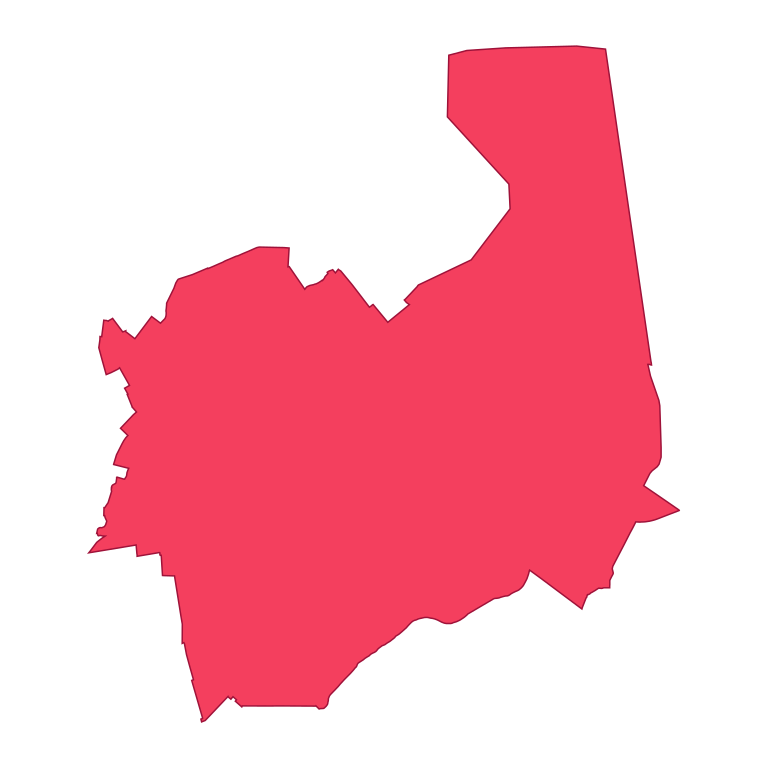 Oldambt, Groningen, Netherlands (Albers equal-area conic projection)
{"feature_id": "6326949B72784129724607", "entity_name": "Oldambt", "entity_type": "district", "adm_level": 2, "iso_a3": "NLD", "parent_name": "Netherlands", "parent_adm1": "Groningen", "projection": "albers", "projection_center": [7.028, 53.222], "detail": "fine", "context": "isolated", "style": "filled", "palette": "rose", "viewbox_px": 768, "rotation_deg": 0, "n_neighbors": 0, "source": "geoboundaries", "source_scale": "gbopen_adm2", "svg_char_len": 5973}
<svg xmlns="http://www.w3.org/2000/svg" viewBox="0 0 768 768"><path d="M319.1,709.0L320.5,708.6L323.1,708.5L323.8,708.3L324.3,708.0L326.2,706.2L326.4,705.9L326.8,705.4L327.4,704.5L327.5,704.3L327.7,703.7L327.9,702.3L328.3,700.7L328.4,699.0L328.5,698.3L329.2,696.6L329.6,695.7L329.8,695.4L330.8,694.2L333.8,691.1L334.8,690.1L336.2,688.6L338.2,686.5L340.0,684.3L344.3,679.6L350.8,673.0L353.3,670.2L355.5,667.5L356.1,667.1L356.3,666.8L356.8,665.9L357.3,664.4L357.6,663.9L358.2,663.1L358.6,662.8L360.0,661.9L363.4,659.7L364.9,658.4L366.9,657.1L369.3,655.7L370.5,654.4L371.3,653.9L372.3,653.3L374.5,652.3L375.8,651.5L376.1,651.2L376.6,650.7L377.7,649.3L378.2,648.7L379.6,647.6L381.5,646.2L382.1,645.7L382.5,645.6L384.8,644.7L385.9,643.9L387.3,642.9L389.7,641.5L390.4,641.0L394.3,637.9L394.6,637.7L395.3,636.7L395.6,636.3L396.3,635.8L398.0,634.8L399.2,634.0L401.9,631.7L404.9,629.0L406.2,627.9L408.0,625.8L409.5,624.2L411.6,622.1L413.0,621.1L413.5,620.8L414.4,620.4L416.2,619.9L418.4,618.9L419.9,618.5L421.8,618.1L424.4,617.5L426.4,617.4L428.0,617.5L430.5,618.1L432.6,618.4L434.6,618.9L435.4,619.2L437.3,619.9L439.3,620.9L441.6,622.1L442.9,622.6L444.2,623.1L446.3,623.5L447.1,623.5L449.9,623.5L450.8,623.5L451.3,623.4L452.1,623.2L453.4,622.6L456.2,621.8L457.4,621.3L458.9,620.6L460.3,619.9L461.8,618.9L463.2,618.0L464.3,617.2L465.3,616.4L467.0,614.9L467.8,614.0L493.8,598.7L495.0,598.4L496.5,598.3L498.6,598.0L499.4,597.8L500.6,597.3L503.8,596.4L505.6,596.0L507.3,595.9L508.3,595.6L509.3,595.1L511.2,593.7L512.8,592.8L515.7,591.4L517.2,590.8L518.4,590.2L519.2,589.7L521.4,587.8L523.0,586.0L523.7,584.9L525.7,581.2L527.0,578.6L527.4,577.4L528.1,575.4L528.5,574.2L529.4,570.6L529.6,570.1L541.5,578.8L581.9,609.0L582.3,607.6L583.0,605.8L584.3,602.5L585.9,598.4L586.1,597.9L586.6,597.4L586.7,597.2L587.2,595.2L587.4,594.8L587.6,595.0L588.0,594.7L589.6,594.0L589.9,593.8L590.6,593.0L591.5,592.6L593.2,591.6L595.1,590.5L597.8,588.7L598.6,588.2L599.2,588.2L601.4,588.4L601.8,588.4L602.2,588.3L603.8,587.8L609.7,587.8L609.7,586.4L609.7,585.8L609.8,585.0L609.8,580.4L610.7,578.5L611.9,576.1L612.1,575.8L613.0,574.1L613.2,573.5L613.2,573.3L613.2,572.7L613.1,572.2L612.4,569.4L612.3,568.8L612.3,568.5L612.4,568.1L612.7,566.7L612.9,566.1L624.5,543.8L629.6,533.8L630.0,533.0L632.4,528.6L633.9,525.7L635.8,521.9L639.9,522.1L641.2,522.0L644.0,521.9L645.3,521.8L648.0,521.4L649.4,521.2L652.0,520.6L654.6,519.9L657.2,519.0L679.2,510.5L679.0,510.0L643.7,485.7L649.9,473.4L652.1,470.8L657.2,466.7L659.1,464.1L661.1,457.2L661.1,447.5L659.8,405.7L658.9,400.4L650.5,376.1L648.1,365.4L647.8,364.4L648.9,364.3L650.4,364.8L651.5,365.0L651.3,363.2L650.9,361.1L627.3,199.1L605.5,49.1L576.7,46.1L505.6,47.9L466.8,50.5L448.8,55.2L447.4,116.9L508.9,184.1L510.1,208.8L471.2,259.9L418.4,285.0L417.6,285.9L417.4,286.4L405.5,299.0L404.3,300.0L406.1,302.1L406.4,302.5L409.4,304.6L387.8,322.3L373.1,304.5L372.6,304.7L371.1,306.0L369.8,306.9L369.4,307.2L352.6,285.3L352.1,284.7L351.8,284.3L348.0,279.7L340.8,271.0L338.7,269.7L338.3,269.3L335.4,272.9L332.7,269.7L331.8,270.1L329.4,270.9L328.6,271.3L327.2,272.3L327.9,273.6L325.1,276.6L324.9,277.0L324.6,277.7L324.2,278.4L323.2,279.7L322.5,280.5L322.2,280.2L320.7,281.3L320.1,281.7L318.5,282.7L316.3,283.8L314.7,284.2L313.4,284.7L310.5,285.3L309.7,285.5L307.5,286.5L306.9,286.8L306.6,287.1L306.1,287.6L304.8,289.3L289.2,266.6L288.0,266.8L289.1,248.0L284.0,247.6L260.7,247.1L259.1,247.1L258.1,247.3L256.8,247.6L255.6,248.1L247.4,251.7L242.4,253.8L237.9,255.8L236.2,256.2L224.9,261.0L222.6,262.3L219.5,263.6L213.4,266.3L208.2,268.5L207.9,268.6L207.7,268.1L192.4,274.6L178.8,279.0L178.2,279.3L177.6,280.0L177.2,280.6L175.8,283.0L173.9,288.3L166.7,303.0L166.6,303.5L166.6,304.6L166.3,308.2L166.0,310.5L166.0,311.3L166.2,312.7L166.1,315.0L165.9,316.3L165.3,317.9L165.0,318.5L164.6,319.0L163.9,319.7L160.5,323.2L151.6,316.5L134.9,338.7L125.5,331.5L125.7,330.8L122.8,331.9L122.7,331.9L112.6,318.4L112.0,318.8L108.6,320.7L108.4,321.1L107.9,321.0L107.5,320.9L106.8,320.6L106.6,320.5L105.0,320.4L103.8,320.2L101.7,336.7L100.0,336.5L100.0,336.8L99.9,339.8L98.8,347.7L102.2,360.2L106.2,374.6L110.9,372.7L117.3,369.5L118.2,369.0L119.6,367.8L129.5,385.4L124.6,388.2L127.9,394.1L127.2,394.4L132.1,406.6L132.0,406.9L136.5,412.0L133.5,414.6L120.5,428.3L127.9,435.5L126.3,437.2L125.9,437.6L123.8,440.6L122.0,443.9L121.7,444.5L116.5,454.8L113.6,464.4L113.6,464.5L128.7,468.3L128.6,468.5L127.7,470.6L127.3,471.8L127.0,472.6L126.9,473.4L126.6,475.5L126.4,476.3L126.2,476.6L125.9,477.1L125.0,478.4L124.7,479.1L124.2,479.2L118.0,477.4L117.9,477.5L117.0,477.1L116.6,477.7L116.7,477.9L116.2,481.7L116.0,482.6L115.9,482.9L115.8,483.1L115.4,483.5L112.8,484.9L112.3,485.4L111.8,486.1L111.7,486.5L111.5,487.1L111.4,487.8L111.6,487.8L111.4,489.0L111.3,489.8L111.4,490.4L111.6,491.4L108.1,502.7L104.7,507.7L104.6,507.8L104.0,507.7L103.8,515.6L104.6,515.6L105.1,517.6L106.7,521.0L106.7,521.3L106.6,521.7L105.6,524.8L104.4,526.6L103.8,526.9L102.1,527.6L101.9,527.7L100.0,527.6L99.1,527.9L97.9,528.8L97.7,529.1L97.6,529.3L96.7,533.3L97.1,533.2L97.1,533.3L97.3,533.5L97.6,534.1L97.6,534.5L97.6,534.8L98.2,535.7L98.4,535.8L98.7,535.8L99.9,535.5L100.7,535.5L101.1,535.5L100.8,535.6L101.6,535.7L102.8,536.0L105.1,536.1L102.1,538.1L101.3,538.7L98.4,541.0L96.7,542.4L90.1,551.2L88.8,552.8L98.0,551.3L136.1,545.0L136.3,547.0L136.9,553.7L137.1,554.9L137.1,556.3L159.1,552.6L159.7,552.6L159.8,552.8L159.9,553.0L159.9,554.7L160.0,555.0L160.2,555.3L161.2,555.3L161.4,557.8L161.6,561.1L162.5,575.5L164.0,575.6L174.5,575.9L181.0,616.5L182.3,624.1L182.2,643.4L183.8,642.6L184.3,643.5L184.5,643.9L184.6,644.6L186.5,654.6L189.8,666.7L193.3,679.1L193.4,679.4L193.3,679.5L193.4,679.8L191.7,680.4L202.6,718.1L202.6,718.3L202.5,718.5L200.9,719.1L201.6,721.9L205.2,720.5L205.4,720.3L228.0,696.5L228.1,696.8L228.4,697.1L230.9,699.2L233.0,696.7L236.5,699.8L235.3,701.2L241.8,706.9L242.3,705.9L270.9,706.0L276.6,705.9L281.3,705.9L315.9,706.1L316.0,705.9L319.1,709.0Z" fill="#f43f5e" stroke="#9f1239" stroke-width="1.5"/></svg>